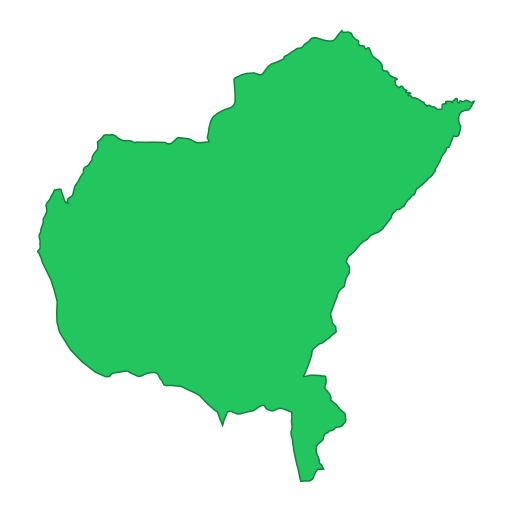 Mandera North, North-Eastern, Kenya
{"feature_id": "3690345B80624826839047", "entity_name": "Mandera North", "entity_type": "district", "adm_level": 2, "iso_a3": "KEN", "parent_name": "Kenya", "parent_adm1": "North-Eastern", "projection": "orthographic", "projection_center": [40.826, 3.604], "detail": "fine", "context": "isolated", "style": "filled", "palette": "green", "viewbox_px": 512, "rotation_deg": 0, "n_neighbors": 0, "source": "geoboundaries", "source_scale": "gbopen_adm2", "svg_char_len": 5950}
<svg xmlns="http://www.w3.org/2000/svg" viewBox="0 0 512 512"><path d="M47.0,202.8L46.0,205.3L46.6,208.7L46.7,211.9L44.8,216.2L43.2,218.9L43.2,222.8L40.9,229.3L40.6,232.4L39.3,234.7L39.2,236.8L40.1,241.0L39.9,243.8L40.2,246.7L39.9,248.5L38.8,250.2L38.0,250.6L37.8,252.0L39.4,253.7L40.0,255.7L41.1,258.0L42.7,263.4L43.4,264.4L50.9,279.8L54.1,289.7L57.2,301.5L56.7,312.3L57.0,322.2L59.7,332.5L70.7,350.0L81.8,361.6L95.3,372.1L105.6,376.7L109.5,376.5L111.8,373.8L113.3,373.3L116.7,372.5L127.0,370.9L128.2,371.4L130.7,373.0L138.4,376.5L141.3,376.0L146.7,373.5L149.6,372.8L152.0,372.6L154.6,372.6L157.2,373.4L158.7,375.6L159.6,377.7L160.6,379.3L161.7,380.4L164.1,385.0L166.6,385.6L171.2,385.4L181.2,386.4L185.4,388.5L196.1,393.5L199.7,395.6L205.2,401.5L210.1,406.2L215.4,410.7L216.9,411.4L217.7,412.6L220.1,419.3L222.6,425.3L223.1,423.8L223.4,421.9L226.9,413.2L227.7,411.8L229.6,411.4L231.3,411.4L236.3,413.7L239.6,414.0L245.5,412.4L253.3,410.7L255.2,409.6L259.1,406.7L261.8,405.5L263.0,405.4L264.5,405.6L265.5,407.8L267.1,409.3L270.9,410.7L272.8,410.9L276.4,409.5L278.2,408.5L280.0,408.4L282.4,408.5L291.8,412.3L291.8,418.2L291.4,421.4L291.9,424.3L292.1,428.2L291.0,431.8L291.1,434.8L292.4,439.3L292.8,443.9L293.5,446.8L293.5,449.1L296.8,464.5L297.8,467.7L300.4,480.1L300.8,481.3L305.3,480.9L309.9,480.9L312.8,478.9L314.0,475.5L315.7,472.2L317.8,469.2L323.6,469.3L321.6,464.9L319.5,463.3L319.4,462.9L319.2,459.8L316.4,452.5L316.1,450.2L316.6,446.1L318.0,444.1L320.7,442.0L323.1,439.3L323.9,435.9L324.4,434.6L325.6,433.6L327.6,432.8L328.3,432.1L328.8,431.1L331.8,430.5L333.8,429.5L335.6,427.5L340.2,426.7L341.5,426.2L345.1,422.4L345.8,420.4L345.1,414.0L343.7,412.2L341.2,410.7L336.3,404.6L330.6,400.0L331.0,398.1L330.5,396.0L329.8,394.2L327.0,390.7L325.6,389.4L325.2,388.1L324.5,387.2L325.5,385.2L326.1,382.6L326.0,379.2L325.6,376.5L324.2,376.0L321.4,376.0L320.3,375.5L312.0,375.2L310.0,375.2L305.9,376.4L303.7,376.5L303.4,376.1L304.5,374.5L305.5,372.2L310.0,360.6L310.3,358.3L311.4,356.6L311.3,355.6L311.6,354.8L312.1,351.2L313.2,349.0L318.9,344.1L322.9,342.7L327.0,339.2L329.3,338.0L331.8,335.3L336.3,331.8L336.3,331.5L335.8,329.7L335.8,327.0L332.7,323.3L332.1,322.3L331.9,319.9L330.7,315.0L330.7,313.2L335.4,300.7L336.8,297.6L337.3,295.0L338.1,293.0L338.9,291.4L340.3,289.5L344.3,286.4L345.0,282.6L346.1,278.3L346.8,276.8L349.1,273.3L349.5,269.6L349.4,267.4L349.0,266.2L346.8,263.1L346.4,261.5L347.4,258.3L348.0,257.0L349.1,255.9L353.0,252.7L354.6,251.1L357.7,247.1L360.9,243.7L363.3,241.6L367.5,239.2L369.9,236.1L370.9,235.2L378.1,232.2L382.6,229.1L384.4,226.4L390.8,218.3L392.5,213.7L395.6,211.0L396.4,209.8L397.5,209.5L398.8,209.5L400.9,208.5L402.2,207.1L404.0,206.3L405.9,202.8L407.9,200.1L409.1,199.1L411.9,196.0L414.5,194.3L415.1,193.0L416.2,189.4L419.6,186.6L421.9,185.1L423.4,183.5L427.1,180.2L428.3,178.4L430.3,177.1L432.0,175.5L433.8,172.8L435.2,171.2L435.2,169.6L440.1,160.9L442.0,155.8L445.7,151.4L446.6,147.8L449.1,147.1L453.3,136.4L453.9,136.0L454.8,136.4L457.1,136.5L458.9,135.0L459.7,131.4L460.2,130.1L460.7,127.2L460.7,126.0L459.6,124.1L458.9,122.3L458.6,119.6L458.8,116.1L459.9,113.5L461.3,111.9L463.2,111.1L464.9,110.4L468.6,110.0L470.8,107.4L474.2,101.2L473.4,101.2L473.0,101.5L472.8,102.4L472.3,102.8L466.3,100.2L463.0,101.7L461.9,101.6L460.8,100.9L460.2,100.8L459.9,101.0L459.4,102.7L458.7,102.9L457.9,102.5L457.6,101.9L457.4,99.3L457.0,98.6L456.3,98.4L455.5,98.7L453.0,101.2L452.5,102.7L452.1,102.7L451.2,101.4L446.9,101.3L445.8,101.6L445.7,102.3L446.2,102.6L446.2,103.5L442.8,104.1L442.2,104.6L442.1,109.1L441.8,109.4L437.6,109.3L436.9,109.1L434.7,107.2L434.0,106.9L431.8,106.8L430.1,105.5L428.3,105.3L427.8,105.5L427.4,106.1L427.0,106.2L426.1,105.1L424.6,104.1L424.0,102.5L421.7,101.6L418.9,99.5L415.2,97.9L412.4,97.8L410.8,95.9L408.8,95.7L408.3,95.4L408.0,94.7L408.0,94.2L410.4,93.9L410.6,93.6L410.5,93.2L409.1,92.5L406.4,92.6L405.8,92.4L405.7,92.0L405.9,91.4L406.5,91.0L406.7,90.5L404.4,89.2L402.2,86.4L400.9,86.2L399.5,87.5L398.6,87.5L396.7,86.1L395.6,84.6L394.8,81.0L395.1,80.4L397.1,79.3L397.0,78.6L396.1,78.2L393.9,77.6L390.4,75.8L388.9,74.3L388.6,72.7L387.1,71.2L383.7,70.8L382.5,69.7L382.3,67.0L381.9,64.8L380.7,62.8L378.7,60.7L376.9,59.3L374.7,58.0L373.3,56.7L371.5,54.2L369.3,48.1L367.9,47.8L366.2,49.0L365.3,49.0L364.1,46.1L362.6,45.8L360.1,45.8L359.4,45.2L358.7,44.1L358.5,41.3L357.6,40.2L356.3,39.8L355.0,38.7L352.8,36.5L351.3,33.3L348.4,32.0L344.0,32.4L342.4,31.9L341.9,30.7L338.5,34.3L336.1,37.7L334.2,40.0L332.5,40.8L329.5,41.1L323.9,40.2L317.1,38.0L314.1,37.7L312.5,38.0L311.1,38.7L309.0,41.1L306.7,42.9L304.4,44.5L302.7,46.7L301.7,47.6L299.7,48.2L298.0,48.2L296.5,48.8L294.2,50.6L291.5,52.2L286.6,55.5L285.0,56.1L284.1,57.0L284.1,57.6L283.6,58.7L283.2,59.1L281.8,59.9L276.3,62.3L271.7,63.8L267.9,66.8L262.4,74.1L260.8,74.9L259.5,74.8L253.9,72.9L246.5,73.5L241.5,74.8L239.5,76.0L236.1,77.3L235.2,77.9L234.0,79.5L235.1,94.0L235.2,99.9L235.0,102.0L234.4,103.9L233.1,105.7L230.7,107.7L225.5,109.3L223.2,110.2L217.2,113.6L214.0,116.1L212.0,118.6L210.6,121.5L209.0,128.0L208.2,133.9L207.3,137.2L207.6,138.6L208.7,140.3L208.9,141.9L200.9,142.6L196.8,142.7L190.4,139.5L188.5,138.8L178.0,137.6L176.6,138.5L172.1,143.0L170.5,143.6L168.9,143.9L167.4,143.6L165.1,142.4L148.7,142.2L146.8,142.4L136.8,142.1L134.0,142.7L132.2,141.4L129.7,140.7L128.6,140.6L124.5,140.8L123.1,140.6L121.5,140.0L119.9,139.0L118.6,138.6L115.7,136.0L113.1,134.8L110.2,134.6L109.5,135.3L108.9,135.5L108.3,135.0L107.1,134.8L104.1,135.1L100.8,139.2L97.5,141.9L97.9,147.5L97.3,149.8L95.0,152.3L93.4,154.6L92.2,157.1L92.0,160.1L90.2,162.3L89.3,163.9L88.3,165.3L84.8,167.4L84.1,168.3L83.4,169.7L83.3,172.9L83.1,173.4L81.2,175.7L80.0,177.8L78.6,180.8L74.7,186.4L73.9,190.4L72.7,194.9L71.4,196.4L68.6,198.2L67.5,199.7L67.4,201.3L68.0,203.3L67.5,203.4L64.9,201.5L62.8,195.1L61.4,191.8L61.1,189.5L59.7,189.1L55.0,189.9L54.4,190.3L53.9,191.0L53.4,192.6L50.9,196.7L49.9,199.3L48.0,201.8L47.0,202.8Z" fill="#22c55e" stroke="#15803d" stroke-width="1.5"/></svg>